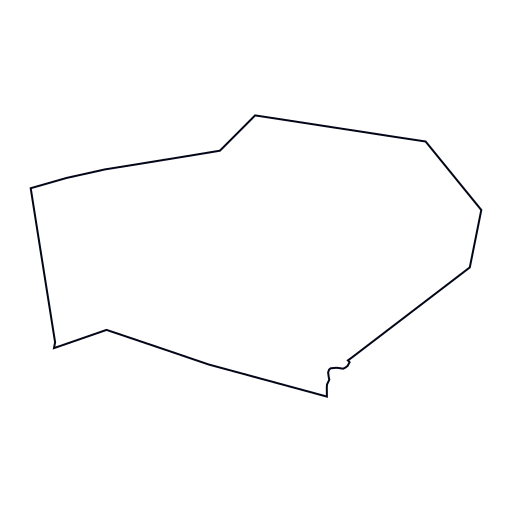 San José Estancia Grande, Oaxaca, Mexico
{"feature_id": "50627088B84369404768705", "entity_name": "San José Estancia Grande", "entity_type": "district", "adm_level": 2, "iso_a3": "MEX", "parent_name": "Mexico", "parent_adm1": "Oaxaca", "projection": "orthographic", "projection_center": [-98.255, 16.376], "detail": "fine", "context": "isolated", "style": "outline", "palette": "ink", "viewbox_px": 512, "rotation_deg": 0, "n_neighbors": 0, "source": "geoboundaries", "source_scale": "gbopen_adm2", "svg_char_len": 625}
<svg xmlns="http://www.w3.org/2000/svg" viewBox="0 0 512 512"><path d="M54.0,348.1L106.5,329.9L159.0,347.6L208.7,364.5L258.8,378.1L326.9,396.6L326.8,387.6L327.0,384.5L329.3,379.7L328.8,377.5L328.1,372.5L329.1,369.6L330.7,368.3L336.0,367.8L337.9,367.9L343.1,368.7L345.2,367.7L347.6,365.9L349.6,362.2L347.9,360.4L351.5,357.8L411.3,312.1L469.8,267.4L481.3,210.0L453.9,176.3L425.6,141.5L395.1,136.9L332.7,127.3L255.1,115.4L235.1,135.5L231.0,139.6L219.9,150.7L164.6,159.8L163.7,159.8L163.2,160.0L162.7,160.1L105.0,169.4L66.3,178.0L30.7,188.2L38.4,237.0L55.1,342.3L54.0,348.1Z" fill="none" stroke="#020617" stroke-width="2"/></svg>